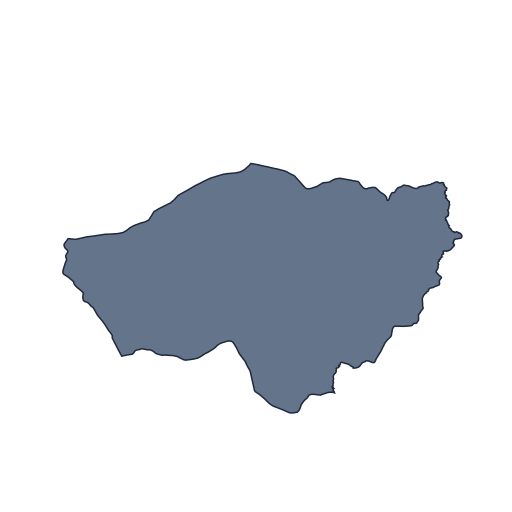 the district of Chamkar Leu, Kâmpóng Cham, Cambodia, rotated 117°
{"feature_id": "14789045B22200339041976", "entity_name": "Chamkar Leu", "entity_type": "district", "adm_level": 2, "iso_a3": "KHM", "parent_name": "Cambodia", "parent_adm1": "Kâmpóng Cham", "projection": "robinson", "projection_center": [105.255, 12.251], "detail": "fine", "context": "isolated", "style": "filled", "palette": "slate", "viewbox_px": 512, "rotation_deg": 117, "n_neighbors": 0, "source": "geoboundaries", "source_scale": "gbopen_adm2", "svg_char_len": 6037}
<svg xmlns="http://www.w3.org/2000/svg" viewBox="0 0 512 512"><g transform="rotate(117 256 256)"><path d="M342.3,123.9L341.3,124.9L341.2,126.0L340.5,126.1L340.2,126.6L339.7,126.8L338.9,126.4L339.0,127.5L338.3,127.5L338.7,128.2L338.1,128.8L337.0,128.4L336.4,128.4L335.7,129.0L335.2,129.2L334.1,129.5L333.4,129.5L333.0,130.3L329.8,131.3L328.9,132.2L327.5,132.7L325.5,132.6L324.4,132.1L322.9,132.0L319.6,133.5L317.9,131.9L317.2,132.1L316.6,131.6L315.9,132.7L314.8,131.7L314.0,131.8L313.3,132.1L312.6,132.1L311.8,131.6L311.3,128.5L310.5,124.8L310.6,122.5L311.1,121.0L310.8,119.5L310.9,118.9L311.7,118.7L311.4,117.7L309.9,115.6L308.5,114.3L307.8,113.9L306.6,113.5L303.2,112.9L302.4,112.5L301.4,111.7L300.7,110.8L299.6,110.4L299.1,110.0L298.3,107.3L298.3,106.1L298.0,103.7L297.7,103.0L297.1,102.2L294.7,102.0L293.9,102.2L292.7,102.2L284.8,101.5L281.7,101.5L280.0,101.6L277.2,101.5L275.6,101.7L271.7,101.0L266.6,99.3L265.4,99.3L262.3,100.3L258.9,101.3L257.2,101.3L256.2,100.9L255.4,100.3L255.1,99.5L253.9,97.4L252.8,94.9L251.5,92.2L250.7,91.0L249.4,88.7L247.7,86.2L246.9,85.4L245.1,85.0L244.2,84.6L243.5,83.0L243.0,82.5L240.1,82.1L239.4,82.1L237.9,82.7L236.8,83.5L235.6,83.9L234.8,84.6L232.0,84.0L230.3,84.0L226.9,83.3L226.0,83.8L224.6,85.1L223.5,85.5L219.0,88.2L217.9,88.6L215.7,88.8L213.6,88.5L212.8,88.2L211.7,87.6L210.7,87.6L209.9,87.2L209.5,86.8L208.6,86.6L207.8,86.9L206.9,86.8L205.6,86.3L203.7,83.9L202.2,82.9L198.8,79.8L198.0,79.7L197.2,79.9L195.5,81.1L194.6,81.4L194.0,81.4L191.5,80.9L190.9,81.1L190.5,81.8L190.1,84.2L189.0,87.0L188.9,87.8L188.1,88.4L187.2,88.7L186.4,88.4L185.7,88.5L185.0,88.3L183.3,88.6L182.1,89.4L180.5,89.5L179.7,90.7L179.1,91.0L178.4,91.0L177.3,90.4L176.8,90.6L176.5,91.2L175.0,90.3L174.5,90.7L173.8,90.5L173.3,90.1L172.7,90.3L172.2,89.8L172.0,90.4L171.1,90.7L170.1,90.7L169.7,90.2L169.0,89.9L168.5,90.1L167.5,91.1L166.8,91.3L166.3,91.1L165.9,90.0L165.4,89.2L165.4,88.5L164.8,88.3L164.6,87.5L163.1,86.2L161.9,85.5L157.0,84.1L156.0,84.3L155.6,84.7L155.5,85.7L154.9,86.5L154.3,86.3L153.4,86.5L151.3,86.7L150.4,85.9L147.5,82.1L146.6,81.3L145.6,81.3L144.4,81.7L143.2,83.9L143.0,85.1L143.6,85.5L143.3,86.3L143.2,87.2L143.3,88.1L143.7,88.7L144.3,88.9L144.7,89.4L144.9,90.0L144.5,90.6L144.9,91.8L144.8,92.7L143.3,95.0L143.1,95.6L143.2,96.4L142.7,97.2L141.8,97.9L141.2,97.6L140.9,98.8L138.7,101.3L138.1,102.2L138.1,103.0L137.5,102.8L136.6,104.3L135.8,104.2L135.3,104.5L134.0,103.4L133.1,103.6L132.7,103.0L132.0,103.4L131.2,103.5L129.5,104.4L129.1,105.0L128.6,105.3L128.1,106.1L127.2,105.8L126.6,105.8L123.8,106.7L123.2,106.5L122.4,106.8L121.5,107.6L119.8,108.4L119.3,110.6L118.3,112.1L118.4,112.9L118.1,113.5L116.7,113.4L116.5,114.3L115.7,114.0L115.4,115.1L114.6,116.4L114.1,116.2L113.5,116.3L113.3,117.0L111.7,116.8L110.9,116.2L110.3,116.6L109.3,116.6L108.8,117.0L108.7,117.7L108.8,118.4L107.9,119.6L107.6,120.7L107.0,120.8L107.0,121.5L105.8,121.9L105.8,123.0L106.3,124.0L106.7,124.5L107.5,124.9L107.7,126.1L107.5,127.1L107.6,127.8L107.9,128.5L108.8,129.8L109.7,130.3L111.4,131.7L111.9,132.4L112.8,132.7L113.3,133.1L114.0,134.4L115.4,135.6L116.0,136.6L117.2,137.6L117.5,138.8L119.3,140.7L119.7,141.4L120.2,141.7L120.8,142.5L121.7,142.6L122.5,143.0L123.0,143.7L123.9,146.2L124.1,151.3L124.4,152.6L124.9,153.6L125.6,156.2L126.0,156.8L127.8,157.7L128.6,158.3L129.8,159.7L130.9,160.6L132.6,161.1L135.2,161.3L135.9,161.3L136.5,161.6L137.0,162.1L137.7,163.4L138.8,163.7L141.5,163.8L145.4,163.3L146.4,163.5L146.8,164.2L146.4,164.9L144.6,166.2L143.6,168.1L143.1,170.0L142.6,174.5L140.9,180.3L141.0,181.4L142.2,183.8L143.8,185.6L144.1,186.3L145.8,187.8L146.5,189.4L146.6,191.0L146.2,192.4L144.8,195.6L143.4,198.3L143.4,199.0L144.1,201.7L144.8,203.4L145.3,205.6L148.5,216.1L149.2,217.4L151.3,220.2L152.8,221.5L155.0,223.2L155.8,223.5L156.7,224.1L157.1,224.5L160.4,229.6L166.7,233.5L167.4,234.4L170.5,237.3L172.0,239.2L172.6,240.4L172.9,241.6L173.0,242.4L172.9,243.2L167.3,257.7L167.1,258.8L167.2,262.6L167.0,267.4L167.3,269.7L168.9,276.9L169.4,278.4L171.6,287.2L173.0,292.2L173.5,294.7L174.6,298.5L175.9,302.6L178.9,303.3L183.4,305.1L186.0,306.5L188.3,308.3L190.4,310.8L191.7,312.6L195.7,319.1L198.3,322.6L204.0,328.5L207.0,331.6L209.1,333.3L211.2,334.9L213.3,336.6L216.1,338.5L220.9,342.1L228.4,346.9L233.7,350.5L237.6,353.0L242.7,354.3L247.4,356.2L257.9,364.0L262.9,367.1L267.9,367.4L272.6,367.9L275.9,370.2L278.8,373.5L284.1,378.4L288.2,381.2L292.1,382.9L295.4,385.1L298.7,389.2L302.3,395.2L305.2,400.4L312.1,410.0L315.7,415.4L323.1,424.3L325.8,431.3L328.8,431.7L331.1,432.2L332.8,432.3L334.4,431.3L335.5,429.9L336.7,426.2L338.1,425.5L339.5,425.7L342.0,425.7L343.3,425.0L344.8,423.3L346.4,422.9L348.6,422.8L356.2,421.5L358.4,420.6L359.2,419.8L359.5,418.9L359.8,416.4L359.9,414.5L361.2,408.7L361.8,406.8L363.0,405.9L364.1,404.4L365.1,401.6L366.3,396.1L367.0,393.6L367.7,393.0L371.0,391.8L373.2,390.3L374.0,389.6L374.4,387.6L373.9,386.2L374.0,384.3L374.6,382.4L375.5,380.3L375.9,377.8L377.2,375.6L380.1,371.3L381.2,369.3L383.4,364.0L385.6,359.6L389.2,353.7L390.1,351.6L391.1,349.6L392.3,347.8L394.2,347.0L401.7,336.7L406.2,330.2L403.0,326.3L399.7,321.7L398.2,321.0L395.8,320.8L394.8,320.3L393.8,319.5L392.2,317.3L391.2,316.5L390.6,315.7L390.0,314.2L389.4,311.9L388.8,309.9L387.7,308.0L387.5,304.9L388.0,302.4L388.3,300.3L387.1,294.5L386.5,293.8L384.6,290.1L384.3,289.0L383.6,287.5L382.3,284.4L381.3,280.5L381.3,273.5L380.8,271.5L378.5,268.1L375.7,264.2L373.1,261.3L371.1,259.9L366.2,257.1L363.9,255.3L358.4,251.9L355.8,250.7L353.5,250.0L350.9,248.7L348.8,246.9L344.9,242.9L343.8,241.1L343.1,239.1L343.3,237.5L344.5,235.1L347.1,231.1L350.6,226.6L353.7,220.3L354.8,217.8L357.8,214.1L360.8,209.5L362.1,208.2L376.4,196.4L377.2,195.1L377.9,189.6L379.5,183.0L380.7,179.4L381.4,176.8L381.8,174.2L381.9,172.0L380.9,162.8L380.5,155.0L379.2,152.1L376.5,148.3L373.6,147.5L370.9,147.7L368.0,148.2L364.9,147.8L362.3,147.2L359.4,146.0L355.7,145.5L354.1,143.8L352.8,141.3L351.4,137.2L350.6,135.3L348.7,133.7L346.7,131.6L345.5,130.6L344.1,128.7L343.2,127.1L342.6,125.5L342.3,123.9Z" fill="#64748b" stroke="#1e293b" stroke-width="1.5"/></g></svg>